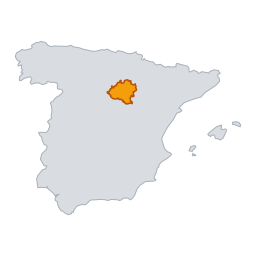 Soria on a map of Spain (orthographic projection)
{"feature_id": "ESP-5845", "entity_name": "Soria", "entity_type": "Autonomous Community", "adm_level": 1, "iso_a3": "ESP", "parent_name": "Spain", "parent_adm1": "", "projection": "orthographic", "projection_center": [-2.461, 41.603], "detail": "fine", "context": "in_parent", "style": "filled", "palette": "amber", "viewbox_px": 256, "rotation_deg": 0, "n_neighbors": 0, "source": "natural_earth", "source_scale": "10m", "svg_char_len": 6713}
<svg xmlns="http://www.w3.org/2000/svg" viewBox="0 0 256 256"><path d="M136.1,51.7L136.1,52.5L137.4,54.0L141.3,54.8L142.3,55.4L142.2,57.4L141.3,59.2L142.1,59.9L143.1,59.9L144.2,58.5L144.4,59.4L146.2,60.2L150.2,61.7L153.0,61.9L155.9,65.0L160.6,64.3L164.9,67.2L168.8,66.4L169.7,67.0L175.9,66.8L176.1,64.4L176.8,63.3L187.6,66.3L189.0,68.4L188.8,69.5L189.5,71.9L190.8,71.7L193.6,70.2L197.3,71.8L198.3,73.2L199.1,73.3L201.8,71.7L209.3,73.0L209.5,71.8L210.0,71.5L213.0,70.2L214.3,69.9L218.3,70.4L218.8,71.8L219.7,72.3L220.1,73.5L217.8,74.4L217.7,76.5L219.2,78.1L219.6,81.2L215.9,85.4L204.8,92.7L201.2,96.9L192.7,99.4L183.9,102.8L178.7,108.3L180.1,108.6L181.8,110.4L181.3,111.2L179.0,112.5L176.9,113.0L173.2,119.7L168.0,126.6L166.0,129.8L161.9,137.8L161.9,140.1L164.3,147.9L165.6,149.9L167.3,151.6L170.6,153.0L171.5,154.4L170.4,155.8L167.2,158.4L161.5,161.9L159.2,164.6L158.7,167.1L157.1,168.3L156.5,171.8L154.3,176.8L154.1,178.1L156.0,179.9L154.2,181.0L145.3,181.6L139.8,185.5L137.1,189.0L134.6,195.3L131.6,199.1L130.2,199.8L128.1,198.2L125.5,197.9L122.9,198.5L121.6,199.8L119.5,200.5L117.5,199.8L113.1,199.5L111.1,199.5L108.0,200.5L105.4,199.8L101.0,199.4L91.4,200.0L90.1,200.4L85.8,204.6L81.1,204.6L76.8,206.2L73.9,210.2L73.3,212.5L72.4,211.9L71.8,212.1L71.4,213.7L68.4,214.7L65.2,213.2L62.5,211.0L61.1,210.8L58.9,207.5L58.0,205.4L57.4,203.2L57.4,201.6L55.4,200.6L55.0,198.6L56.6,196.0L58.6,194.6L56.7,194.7L55.3,196.3L53.7,193.5L47.0,187.9L47.5,186.0L46.3,187.4L45.5,187.7L41.9,187.3L37.8,187.7L36.6,178.6L37.8,175.5L42.6,169.6L45.5,168.9L46.8,165.8L44.2,165.8L40.4,159.4L41.8,153.8L46.1,149.7L46.8,148.0L47.1,146.5L46.3,145.3L44.1,144.6L42.1,139.9L41.7,137.1L39.9,135.4L38.6,132.5L40.0,132.2L45.7,132.5L47.1,131.8L48.3,130.0L49.5,127.0L49.9,125.1L47.8,122.3L47.7,121.8L48.1,120.9L51.7,118.1L51.1,115.8L51.9,111.2L51.7,108.4L51.5,106.1L50.4,103.2L51.3,102.0L53.1,101.1L54.6,98.8L56.8,96.9L59.6,95.5L62.9,92.1L62.5,90.6L61.4,89.6L57.6,88.8L57.3,88.0L57.5,84.3L56.6,82.7L55.2,82.8L53.1,82.0L52.5,82.4L49.8,82.2L47.9,81.4L47.1,81.9L46.8,83.2L43.5,84.4L41.7,84.3L38.8,82.9L35.4,83.1L35.1,82.8L32.1,84.2L31.1,84.2L30.1,82.2L31.8,79.6L30.6,76.9L29.8,76.8L24.3,78.3L21.1,80.6L19.8,80.8L19.4,80.3L19.5,76.8L23.0,73.3L21.0,72.9L21.2,71.8L22.6,70.2L21.4,68.8L21.6,65.0L18.7,66.0L18.0,65.8L18.1,64.3L20.0,61.4L18.2,60.9L16.9,59.6L15.4,57.0L15.5,55.7L16.6,52.7L19.2,51.5L21.8,49.6L25.1,50.2L30.2,48.8L32.0,47.9L32.1,46.7L31.5,45.7L32.1,44.8L36.3,42.5L38.8,42.4L41.3,41.3L42.9,42.2L44.4,42.0L46.0,43.1L48.1,45.5L51.3,46.6L53.9,46.0L67.1,46.4L70.9,45.4L73.7,46.9L79.3,47.8L82.7,49.0L92.0,51.2L95.4,51.3L102.3,49.6L104.1,50.1L106.9,49.2L108.2,49.4L109.9,50.7L115.9,52.6L117.5,51.0L118.6,50.7L123.0,51.7L127.3,53.5L129.6,53.7L132.9,53.2L136.1,51.7ZM221.0,129.1L222.7,129.7L224.3,129.0L225.3,129.1L226.2,129.4L226.5,130.8L223.2,137.9L220.4,140.0L217.4,138.7L215.6,138.5L215.1,137.9L214.5,135.7L213.7,135.1L212.6,134.8L210.4,136.7L209.6,135.6L208.5,135.4L208.0,134.8L208.0,133.8L214.8,128.1L216.7,126.7L221.0,125.1L221.6,125.3L221.1,126.1L221.7,126.8L221.0,129.1ZM240.6,124.9L240.1,126.8L234.7,124.7L233.0,124.5L232.5,124.2L232.6,122.2L236.0,121.7L238.9,122.4L240.6,124.9ZM192.9,150.1L192.3,151.4L189.7,151.1L189.0,150.6L189.6,149.0L190.3,148.8L190.3,147.7L191.0,146.5L194.7,145.5L195.6,146.2L195.8,147.2L193.7,149.7L192.9,150.1ZM195.7,155.4L195.3,155.7L192.4,155.6L192.3,154.7L192.9,153.4L194.0,154.6L195.6,154.8L195.7,155.4Z" fill="#d9dde1" stroke="#a8b0b8" stroke-width="1"/><path d="M135.3,84.1L135.4,85.1L135.7,85.8L136.0,86.3L136.0,86.5L135.9,86.9L135.9,87.0L135.6,87.5L135.6,87.9L135.7,88.0L136.0,88.4L136.1,88.7L136.2,88.9L136.3,89.0L136.5,89.3L136.5,89.6L136.4,89.8L136.3,90.0L136.2,90.4L136.0,90.6L135.9,90.6L135.7,90.6L135.4,90.8L135.2,91.0L134.8,91.3L134.5,91.6L134.4,91.8L134.1,91.9L133.8,91.8L133.7,91.8L133.4,91.8L133.2,92.1L133.2,92.4L133.2,92.5L133.3,92.6L133.4,93.2L133.4,94.0L133.4,94.4L133.5,94.6L133.6,94.8L133.8,95.1L133.9,96.1L133.7,96.2L133.4,96.3L133.1,96.4L132.8,96.7L132.6,96.7L132.4,96.7L132.3,96.4L132.4,96.2L132.3,95.9L132.3,95.7L132.1,95.6L131.9,95.5L131.4,95.5L131.2,95.6L131.0,95.9L131.0,96.1L131.0,96.4L130.9,96.9L130.8,97.1L130.7,97.2L130.6,97.3L130.4,97.5L130.2,97.6L130.2,98.0L130.1,98.8L130.3,99.1L130.4,99.3L130.5,100.2L130.5,101.0L130.7,101.3L130.9,101.3L131.2,101.4L131.3,101.4L131.5,101.4L131.6,101.5L132.0,101.8L132.2,102.0L132.2,102.3L132.0,102.9L132.0,103.3L132.1,103.5L131.8,103.6L131.7,103.4L131.5,103.2L131.1,102.9L130.9,102.7L130.6,102.8L130.1,103.3L129.9,103.3L129.4,103.3L129.1,103.3L128.9,103.5L128.7,103.6L128.2,103.8L127.8,103.9L127.6,103.9L127.3,103.7L127.1,103.6L126.9,103.5L126.7,103.6L126.2,103.9L125.5,103.7L125.3,103.5L125.2,103.4L125.1,103.2L125.1,102.9L124.9,102.7L124.7,102.6L124.5,102.4L124.4,102.2L124.3,101.9L124.1,101.8L123.8,102.0L123.5,102.1L123.4,102.1L123.2,102.0L123.2,101.9L123.3,101.6L123.3,101.3L123.0,101.2L122.8,101.1L123.1,100.8L123.2,100.6L123.1,100.4L122.8,100.4L122.7,100.4L122.5,100.2L122.3,100.1L122.1,100.0L121.7,99.9L121.4,99.8L121.2,99.7L121.0,99.4L120.9,99.2L120.6,99.2L120.3,99.3L120.2,99.4L120.0,99.5L119.6,99.5L118.9,99.3L118.7,99.2L118.5,98.8L118.5,98.6L118.4,98.5L118.3,98.3L118.0,98.2L117.8,98.1L117.6,98.2L117.5,98.3L117.4,98.4L117.3,98.5L117.0,98.8L116.6,98.9L115.5,99.0L114.9,99.0L113.0,98.6L110.8,96.9L110.6,96.6L110.6,96.2L110.7,95.3L110.7,95.2L110.0,94.9L109.4,94.6L109.3,94.4L109.3,93.8L109.2,93.7L108.9,93.4L108.4,93.6L107.6,93.2L107.4,92.8L107.3,92.4L107.3,92.0L107.4,91.8L107.5,91.7L108.7,92.1L109.8,89.9L110.4,89.8L110.5,88.8L111.1,88.7L111.7,88.3L111.8,88.2L111.6,86.7L111.7,86.2L111.9,86.0L112.2,86.1L112.5,86.4L112.5,86.5L113.1,86.8L113.5,87.6L115.2,85.6L115.7,85.5L116.1,85.6L116.4,84.8L116.4,84.7L116.6,84.6L116.8,84.6L116.9,84.4L117.0,83.9L117.5,82.7L117.9,82.5L118.6,82.7L119.1,82.5L119.5,82.2L119.8,81.8L119.8,81.7L119.8,81.3L119.8,81.2L120.0,80.8L120.2,80.6L120.4,80.4L120.8,80.4L121.0,80.5L121.2,80.8L121.2,81.0L121.1,81.3L120.8,81.6L120.8,81.8L120.7,81.9L120.6,82.1L120.6,82.3L120.7,82.6L120.9,82.7L121.2,82.7L121.4,82.7L121.5,82.8L121.8,83.1L122.0,83.1L122.7,83.0L123.2,83.1L123.5,83.1L123.6,82.9L123.7,82.6L123.9,82.2L124.0,82.0L124.1,81.9L124.3,81.7L124.5,81.2L124.5,80.9L124.5,80.7L125.0,80.7L125.5,80.3L125.7,80.1L126.2,80.0L127.2,79.9L128.0,80.0L128.3,80.2L128.3,80.3L128.4,80.5L128.4,80.8L128.5,81.0L128.9,81.1L129.8,80.8L130.1,80.7L130.4,80.7L130.7,80.8L130.8,80.9L130.9,81.1L130.8,81.3L130.7,81.4L130.6,81.5L130.5,81.8L130.5,82.1L130.6,82.3L131.0,82.6L131.2,82.9L131.2,83.0L131.0,83.3L131.0,83.6L131.1,83.9L131.2,84.0L131.4,84.1L132.3,84.4L132.6,84.4L133.0,84.5L133.3,84.8L133.5,84.9L133.9,84.8L134.1,84.8L134.2,84.7L134.5,84.5L134.7,84.4L135.3,84.1Z" fill="#f59e0b" stroke="#b45309" stroke-width="1.5"/></svg>